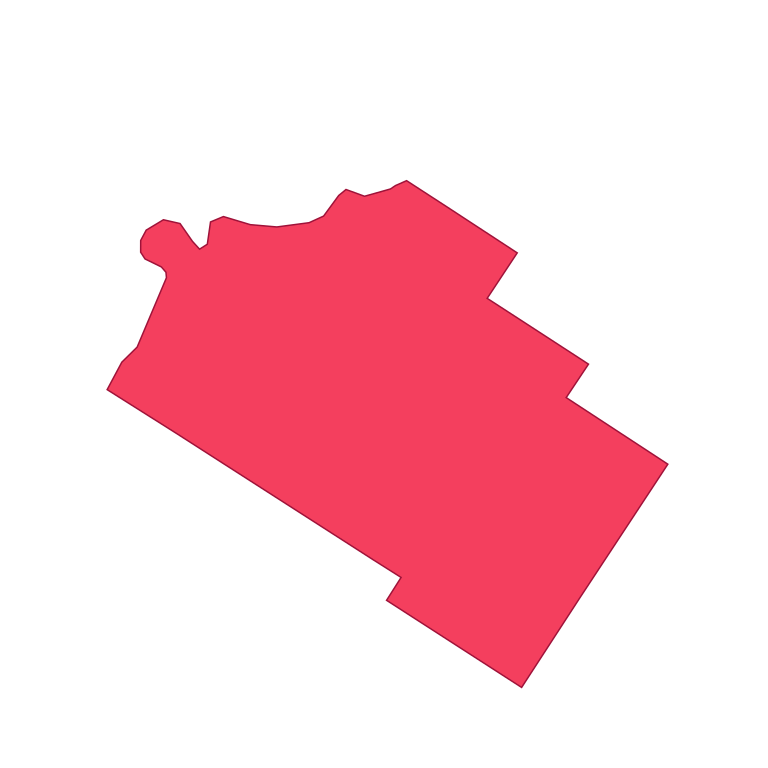 Pope, Arkansas, United States of America, rotated 122°
{"feature_id": "52423323B50605624473743", "entity_name": "Pope", "entity_type": "district", "adm_level": 2, "iso_a3": "USA", "parent_name": "United States of America", "parent_adm1": "Arkansas", "projection": "orthographic", "projection_center": [-93.077, 35.423], "detail": "fine", "context": "isolated", "style": "filled", "palette": "rose", "viewbox_px": 768, "rotation_deg": 122, "n_neighbors": 0, "source": "geoboundaries", "source_scale": "gbopen_adm2", "svg_char_len": 675}
<svg xmlns="http://www.w3.org/2000/svg" viewBox="0 0 768 768"><g transform="rotate(122 384 384)"><path d="M568.4,106.5L461.9,104.6L301.6,100.8L299.0,222.3L258.8,221.1L256.9,328.4L256.7,341.9L202.2,340.5L200.5,421.2L199.6,472.6L209.6,479.4L215.2,481.9L235.1,500.0L239.2,519.3L248.1,522.3L273.6,524.2L286.9,533.0L307.6,558.1L319.7,581.8L327.1,608.9L338.5,617.0L359.1,607.9L367.4,611.9L364.5,622.1L356.0,642.0L361.6,658.1L379.5,667.2L391.2,666.4L401.2,660.2L404.6,652.9L402.7,634.8L404.8,628.1L409.2,624.8L483.5,612.9L504.4,617.9L535.5,615.8L535.9,534.8L538.2,347.0L538.8,300.0L539.0,267.0L566.1,267.2L568.4,106.5Z" fill="#f43f5e" stroke="#9f1239" stroke-width="1.5"/></g></svg>